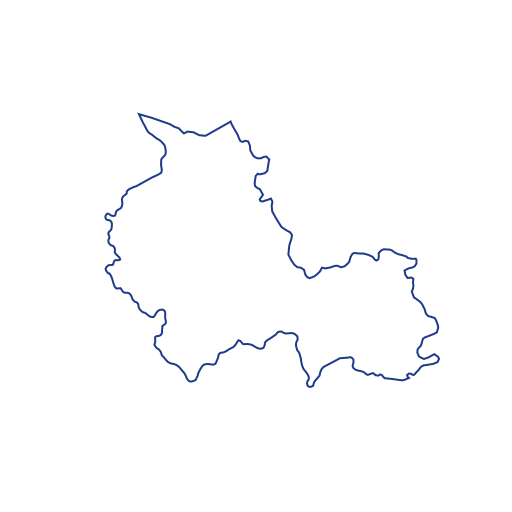 Pruzhany, Brest, Belarus (Mercator projection), rotated 61°
{"feature_id": "67162791B13478011403583", "entity_name": "Pruzhany", "entity_type": "district", "adm_level": 2, "iso_a3": "BLR", "parent_name": "Belarus", "parent_adm1": "Brest", "projection": "mercator", "projection_center": [24.486, 52.68], "detail": "fine", "context": "isolated", "style": "outline", "palette": "blue", "viewbox_px": 512, "rotation_deg": 61, "n_neighbors": 0, "source": "geoboundaries", "source_scale": "gbopen_adm2", "svg_char_len": 6154}
<svg xmlns="http://www.w3.org/2000/svg" viewBox="0 0 512 512"><g transform="rotate(61 256 256)"><path d="M394.0,132.4L392.1,134.5L388.7,135.3L384.3,134.3L378.8,134.1L376.1,134.5L371.5,136.5L368.8,137.9L362.7,137.0L360.6,134.5L358.4,132.8L355.5,131.6L352.1,129.4L350.1,130.7L348.7,134.1L344.8,134.5L340.7,133.1L340.7,130.9L340.9,128.0L341.9,124.6L341.9,122.2L340.4,119.3L337.3,117.6L335.8,117.6L334.6,120.0L333.9,121.2L331.4,124.1L329.3,124.8L326.1,127.7L323.4,130.7L320.5,132.8L316.9,134.5L315.2,136.0L312.0,141.1L311.8,143.8L313.0,147.4L315.7,148.6L318.3,150.8L318.3,153.0L316.4,153.9L313.2,154.4L309.6,157.1L306.2,160.5L303.3,165.4L300.9,168.7L300.9,170.7L302.6,173.6L306.2,177.2L307.2,179.7L307.9,183.5L307.2,186.9L304.0,189.6L302.8,192.0L302.1,196.4L300.4,201.5L298.2,203.9L300.6,207.8L301.6,211.5L302.1,214.8L301.4,219.9L299.4,221.4L296.5,221.9L291.4,220.7L288.0,222.4L285.8,225.3L282.2,226.7L276.9,227.2L270.5,227.0L265.5,223.6L262.5,221.4L258.2,216.8L255.3,214.4L251.9,214.6L247.7,217.3L242.9,219.7L232.5,220.2L224.9,220.2L219.8,218.0L216.4,215.3L213.0,215.1L212.6,218.2L211.8,222.1L211.6,223.6L210.1,225.5L208.2,225.3L207.2,222.9L205.8,220.2L199.5,220.2L196.8,222.1L194.1,222.9L191.7,221.9L189.0,219.9L185.9,217.5L184.9,214.6L186.4,213.2L187.8,208.3L187.1,204.9L180.5,199.8L178.1,197.6L174.0,198.8L173.0,201.5L173.0,204.2L171.3,207.3L169.1,209.0L166.7,209.8L160.9,209.8L156.5,207.8L152.1,207.3L150.0,209.5L149.7,212.4L148.0,213.9L145.8,213.9L140.0,213.2L135.4,213.4L128.6,213.4L126.1,213.0L126.2,216.3L126.4,241.8L125.2,243.7L122.8,247.1L117.4,250.8L114.0,255.6L113.8,259.7L106.8,261.7L103.6,264.6L98.8,267.5L84.2,280.6L75.2,289.6L77.6,289.7L80.4,290.0L84.4,290.2L87.8,290.2L91.6,290.3L94.9,290.3L97.2,289.5L99.4,288.2L102.8,286.9L105.6,285.6L107.5,284.4L109.5,283.5L112.3,282.8L114.3,282.3L117.2,282.8L119.0,283.5L121.2,284.4L123.2,286.0L123.9,287.3L124.4,289.1L125.0,290.9L125.6,292.0L128.6,293.9L131.0,295.2L134.8,296.5L136.4,297.7L137.3,298.7L137.3,300.3L137.4,302.8L136.9,308.7L136.9,319.2L136.9,326.9L136.3,330.0L136.1,333.6L136.1,335.2L136.8,337.6L138.8,339.0L139.2,341.3L139.5,343.3L140.4,344.9L141.6,345.9L143.1,346.5L144.8,347.2L145.9,347.8L147.3,349.1L148.4,350.5L148.7,352.1L148.7,354.0L148.9,355.7L149.7,357.3L151.6,358.8L152.3,359.7L151.9,361.4L150.3,363.1L148.9,363.8L147.6,364.5L146.9,365.4L147.1,366.8L148.3,368.5L149.8,369.2L151.6,369.1L152.8,368.2L153.5,366.9L154.4,366.5L155.4,366.1L156.8,366.0L158.9,366.9L161.0,368.3L162.4,369.5L163.2,371.1L163.4,372.2L164.0,373.7L165.5,374.6L167.0,374.6L168.5,375.1L169.3,375.8L169.9,376.7L171.4,378.0L173.1,378.4L175.6,378.0L176.4,377.6L177.1,376.9L178.2,376.0L180.1,375.8L181.3,376.0L182.4,376.4L183.1,376.9L183.7,377.5L184.6,377.8L187.1,377.5L188.1,377.0L189.5,376.7L191.1,376.1L193.2,376.5L193.1,378.3L192.4,379.4L191.5,380.6L191.5,382.0L192.2,383.2L193.7,384.6L194.2,385.5L193.9,386.8L192.7,388.9L192.7,390.1L193.0,391.5L193.4,392.6L194.4,393.8L195.9,394.2L197.8,394.0L199.4,393.7L200.1,392.7L202.3,392.5L204.7,392.6L207.6,393.2L211.1,394.0L214.0,394.4L216.3,394.1L217.3,392.9L218.0,391.2L218.4,390.2L219.0,390.0L221.9,389.8L223.6,389.4L224.5,388.4L225.2,387.5L226.0,386.0L227.5,384.9L228.6,384.6L229.7,384.4L231.1,384.5L232.8,384.8L233.9,384.9L234.9,384.8L236.3,384.5L237.3,384.1L238.1,383.3L239.0,382.7L240.1,382.4L241.2,382.4L242.8,383.1L243.7,383.4L245.6,383.5L246.4,383.5L249.0,382.8L250.1,382.3L250.9,381.6L252.2,380.4L255.0,379.3L257.1,378.4L258.2,377.5L259.7,375.4L259.2,373.9L258.3,372.2L257.5,370.9L256.6,368.8L256.5,366.5L257.3,364.1L258.0,363.4L259.7,362.5L261.2,362.8L262.4,363.3L265.2,365.0L267.3,365.9L268.8,366.3L270.0,366.7L271.1,367.7L271.6,369.2L271.7,370.9L271.9,372.0L273.3,372.6L275.5,374.3L277.6,375.3L278.9,377.5L278.9,379.4L278.6,380.3L278.2,381.1L277.9,382.0L278.0,383.4L278.8,384.0L281.1,385.1L283.0,386.4L284.2,387.8L287.4,387.8L288.4,387.4L290.6,386.3L293.0,385.8L295.2,386.0L297.2,386.5L300.5,385.6L302.5,385.3L305.8,384.5L308.2,383.0L309.2,381.9L310.8,380.1L312.9,378.3L315.6,377.1L318.0,376.6L320.8,376.1L323.4,375.5L326.4,375.5L329.7,375.8L331.4,375.7L333.6,374.8L334.5,373.3L335.0,371.1L335.1,370.4L335.1,369.5L334.9,368.4L333.7,366.9L332.8,365.5L330.7,363.5L329.5,361.9L328.1,359.8L326.5,356.8L325.8,354.9L326.1,352.9L326.7,351.3L327.2,350.3L329.9,346.7L330.5,345.5L330.5,343.7L329.8,342.5L328.4,340.9L326.9,338.8L325.3,337.5L323.9,336.1L323.5,334.7L323.6,333.5L324.3,332.0L324.6,330.7L324.8,328.4L324.5,324.6L324.7,320.3L324.4,318.7L323.4,316.6L323.0,315.5L321.3,312.8L321.4,311.9L322.6,311.0L324.6,310.5L325.8,310.3L327.0,309.8L328.0,307.9L328.5,306.7L329.0,305.8L330.1,304.5L331.3,303.1L333.1,301.8L334.7,301.0L337.0,299.5L338.9,297.7L339.9,295.3L339.9,293.9L338.0,291.4L336.1,290.2L335.2,287.8L334.8,281.3L334.3,276.8L333.2,273.9L333.7,271.6L334.7,270.2L336.3,269.3L337.4,268.4L338.3,267.4L339.0,265.8L339.7,264.3L340.6,262.2L342.9,259.9L346.1,258.8L347.3,259.1L349.6,260.4L351.1,262.7L353.0,264.1L355.3,264.9L358.3,265.6L361.4,265.1L364.6,265.8L367.8,266.6L369.6,267.4L372.2,268.2L374.8,268.9L378.1,269.2L380.9,268.7L382.9,268.3L386.2,268.3L388.2,268.8L389.9,270.2L390.5,271.8L392.3,273.2L393.7,273.6L395.7,273.4L396.5,272.3L397.1,271.1L397.2,269.6L397.1,268.7L396.1,268.0L394.6,266.4L393.5,264.1L392.3,260.7L391.4,258.4L388.9,256.2L387.0,253.9L385.9,251.2L385.8,249.1L386.0,241.1L386.1,232.2L387.5,229.1L389.4,225.0L390.3,222.4L391.8,221.4L393.7,221.0L396.6,222.4L397.8,223.9L399.4,225.0L401.1,225.1L403.4,224.3L405.4,222.6L407.8,219.8L409.7,218.1L411.0,217.5L412.7,217.0L414.2,215.8L414.5,213.9L414.8,212.3L415.1,210.5L416.7,209.7L418.3,209.2L420.0,206.7L419.8,204.8L421.1,203.7L423.2,203.3L425.3,202.7L427.8,199.0L430.4,195.4L435.6,188.5L436.3,186.2L436.8,181.4L435.5,181.9L433.4,181.6L432.9,179.4L434.1,177.5L436.3,176.3L436.5,175.1L435.1,171.2L434.8,169.7L432.9,165.4L432.9,162.4L433.8,160.3L435.1,156.6L436.3,153.2L436.8,148.6L434.6,145.7L432.4,145.7L428.3,147.6L428.3,154.4L427.5,159.0L425.3,160.7L422.7,162.2L418.6,161.7L415.9,159.8L414.9,157.1L414.4,155.2L409.3,150.1L409.1,147.6L409.8,142.8L410.3,138.9L410.5,135.0L407.1,131.4L404.0,130.4L399.6,129.7L397.0,129.7L394.0,132.4Z" fill="none" stroke="#1e3a8a" stroke-width="2"/></g></svg>